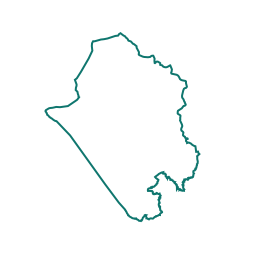 outline of Marquis Estate, Dauphin, Saint Lucia, rotated 69°
{"feature_id": "8701671B42547396516194", "entity_name": "Marquis Estate", "entity_type": "district", "adm_level": 2, "iso_a3": "LCA", "parent_name": "Saint Lucia", "parent_adm1": "Dauphin", "projection": "robinson", "projection_center": [-60.9, 14.029], "detail": "fine", "context": "isolated", "style": "outline", "palette": "teal", "viewbox_px": 256, "rotation_deg": 69, "n_neighbors": 0, "source": "geoboundaries", "source_scale": "gbopen_adm2", "svg_char_len": 5752}
<svg xmlns="http://www.w3.org/2000/svg" viewBox="0 0 256 256"><g transform="rotate(69 128 128)"><path d="M64.0,160.3L68.9,160.4L70.3,161.0L71.6,162.1L73.8,163.2L76.1,162.2L78.2,162.6L79.9,162.6L81.0,163.0L81.7,162.6L83.4,165.3L84.0,167.7L86.0,176.2L84.2,184.0L82.6,187.5L82.1,191.1L81.4,193.7L81.3,194.9L81.8,197.6L81.7,197.5L82.0,198.4L82.4,198.8L84.5,198.8L84.9,198.5L86.8,198.7L87.6,198.0L89.9,197.3L90.3,196.7L91.1,196.4L91.7,195.8L93.8,194.6L95.3,193.4L96.0,192.3L114.2,184.7L172.4,169.5L194.4,163.3L203.1,160.0L203.5,160.1L204.3,159.7L205.0,159.8L205.8,159.5L207.2,159.5L208.5,159.1L209.5,159.2L209.8,158.7L211.0,158.4L212.9,156.8L213.7,156.3L214.7,154.8L214.8,154.3L215.1,154.3L215.3,154.0L215.3,152.8L215.8,152.6L216.2,152.7L217.5,151.4L218.4,151.1L219.1,150.0L219.1,149.3L219.5,149.1L219.3,148.4L218.7,148.2L218.7,147.6L217.0,146.2L216.4,144.7L215.4,143.7L215.7,143.0L216.0,142.7L215.7,142.5L215.9,142.2L216.1,142.7L216.4,142.8L217.4,142.8L217.6,142.9L217.9,142.9L218.7,142.7L218.8,142.9L219.0,143.1L219.4,142.4L219.8,142.2L220.3,141.7L220.3,141.1L220.7,141.0L220.5,140.6L220.5,139.1L221.0,138.2L221.3,137.8L221.5,137.3L221.5,137.0L220.6,134.9L220.8,133.8L220.3,133.3L220.5,133.0L220.6,131.5L220.3,130.9L220.3,130.2L220.7,129.4L220.0,129.2L219.4,128.6L218.9,126.4L218.7,126.3L217.9,126.4L217.4,126.9L216.4,127.3L216.0,127.3L215.6,127.0L214.8,127.0L214.2,126.7L213.8,126.8L213.7,126.6L212.9,126.2L212.6,126.3L212.8,126.8L212.5,127.1L211.3,126.7L210.8,126.9L209.7,126.3L209.4,125.3L209.2,125.2L208.4,125.5L207.6,125.0L206.0,125.3L205.9,125.0L206.1,124.7L205.8,124.0L205.7,123.9L205.3,124.1L205.2,123.8L204.8,123.7L204.3,123.9L203.7,123.4L203.6,123.1L203.9,123.1L204.0,123.3L204.4,122.7L202.7,122.0L202.6,121.8L202.1,122.1L200.6,122.0L200.7,123.1L200.5,123.4L199.7,123.9L199.6,124.3L199.1,124.3L198.9,124.5L199.0,124.8L199.4,124.9L199.6,125.7L199.5,125.9L199.1,126.0L199.0,126.9L199.2,127.4L198.7,128.1L198.1,128.3L196.7,127.7L195.6,128.0L195.5,128.4L195.2,128.7L195.3,129.0L194.8,129.5L194.7,129.9L193.9,131.9L193.3,131.8L192.3,131.3L191.9,130.6L192.2,128.5L191.7,128.2L191.5,127.8L191.6,127.4L192.5,127.1L192.4,126.8L191.6,126.2L192.1,125.3L192.1,124.6L191.9,124.3L191.9,124.0L191.5,123.6L191.4,122.7L190.9,121.9L190.9,121.6L190.3,121.3L190.2,120.6L189.9,120.6L189.6,120.1L188.6,119.7L188.3,118.9L187.3,118.2L184.8,119.8L183.4,120.3L183.3,120.1L182.4,116.7L182.0,115.9L181.8,114.4L181.6,112.7L181.8,111.2L182.1,111.5L182.9,111.8L183.3,111.5L183.5,110.6L183.5,110.1L183.7,109.9L184.6,109.8L184.6,109.5L184.9,109.3L186.0,110.0L186.4,109.8L186.7,110.0L187.1,109.5L187.5,109.3L188.0,109.7L188.4,109.7L188.5,109.2L189.1,109.2L188.6,108.8L188.5,108.0L188.2,107.6L188.2,107.4L189.0,107.1L189.6,107.3L189.9,107.0L190.5,106.8L192.4,107.3L191.9,106.9L191.4,106.8L191.7,106.1L191.9,106.2L192.2,106.0L192.8,105.1L193.4,105.1L194.0,104.9L194.2,104.5L195.1,104.0L195.3,103.6L195.8,104.3L196.0,104.2L196.0,103.9L196.3,103.9L197.0,103.7L197.8,103.5L197.6,103.3L197.7,103.1L198.2,103.0L198.3,102.9L198.6,103.1L199.0,103.0L199.3,103.3L200.4,103.4L202.6,104.2L202.4,103.9L200.0,103.0L201.0,102.6L201.5,102.8L201.6,103.1L201.9,102.9L202.5,103.1L203.0,102.9L203.7,102.3L203.5,101.5L204.1,101.1L204.4,101.5L204.4,100.9L204.8,100.7L205.2,100.9L206.1,99.7L206.1,99.1L206.4,98.8L206.4,98.5L206.6,98.2L206.3,98.1L205.8,98.4L205.7,99.0L205.5,97.8L205.2,98.0L204.9,98.0L204.8,97.7L203.9,97.9L203.0,97.8L202.3,97.3L201.5,97.6L201.2,97.5L201.1,96.6L200.9,96.6L200.7,97.0L200.3,96.8L200.2,97.0L199.8,96.4L199.3,96.0L198.7,96.2L198.7,95.9L198.1,95.9L198.1,95.6L198.3,94.9L198.2,94.8L197.8,95.1L197.9,94.9L197.4,94.9L197.1,94.8L197.0,94.2L196.7,94.1L197.2,93.6L197.1,93.4L196.9,93.5L196.3,93.4L196.3,93.2L196.6,92.2L196.9,91.5L197.7,90.9L197.8,90.6L197.5,90.4L197.1,89.7L196.3,89.7L196.4,89.3L196.2,89.1L196.4,88.6L196.9,88.5L196.7,87.6L197.0,87.6L197.1,87.1L196.8,86.7L197.1,86.1L196.8,85.8L196.8,85.3L197.1,85.2L197.0,84.9L196.4,84.4L195.4,84.0L195.2,83.6L194.3,83.3L194.1,82.8L193.7,83.0L193.1,82.8L192.7,82.9L191.7,82.4L191.4,81.2L191.5,80.8L191.1,80.3L191.0,79.8L190.9,79.7L190.5,80.0L189.9,79.6L189.8,78.7L189.6,78.4L188.1,77.7L187.9,77.2L187.6,77.0L186.4,76.6L186.1,75.8L185.6,75.5L184.1,74.8L181.9,74.5L179.5,73.6L179.1,73.6L177.9,70.7L176.8,71.2L175.1,71.1L174.7,72.9L169.2,71.6L169.0,71.8L168.6,72.5L166.8,74.0L165.1,74.8L163.7,76.1L163.3,76.6L163.2,78.2L162.4,77.9L161.3,78.5L159.9,78.2L159.5,77.3L159.6,76.2L159.3,76.1L159.0,76.2L158.7,76.9L157.9,78.0L157.4,78.1L156.6,78.0L155.5,78.9L154.7,79.2L154.3,79.2L152.0,77.9L151.2,78.1L149.6,79.0L148.7,79.0L147.4,78.3L146.5,77.3L145.6,76.6L144.1,76.4L139.5,76.7L138.7,76.1L137.1,75.6L136.4,75.1L135.2,74.6L134.8,74.7L132.7,76.3L132.1,76.4L130.4,75.6L129.8,75.1L128.9,70.7L127.5,68.5L127.4,68.0L127.6,67.1L127.0,65.8L126.4,65.7L124.9,65.9L124.3,65.7L123.5,66.0L121.2,65.9L119.1,66.5L118.1,66.3L116.9,65.8L112.8,63.0L111.5,61.8L111.2,60.8L111.3,59.3L110.9,58.6L110.5,58.2L107.0,57.8L105.3,57.2L104.6,57.6L102.9,60.3L102.1,61.2L101.0,61.9L98.6,62.1L97.2,62.4L95.8,63.4L93.0,67.7L92.6,68.0L91.6,67.8L91.0,67.1L89.0,66.0L84.7,66.1L84.6,66.7L84.9,67.8L85.1,69.6L85.0,70.5L84.7,71.4L84.0,72.4L83.2,73.2L81.8,73.6L80.6,75.3L79.0,74.7L78.2,75.1L77.6,75.8L76.9,76.2L76.5,76.8L76.3,77.6L76.4,78.2L76.9,78.9L77.1,79.6L76.9,79.8L74.9,79.3L72.7,78.3L69.6,78.5L69.2,79.4L69.1,80.3L69.6,81.9L69.1,84.0L67.5,87.4L66.6,88.7L64.0,91.3L63.4,91.6L62.8,91.5L62.0,90.9L60.9,90.6L56.2,91.2L54.7,90.7L51.8,92.4L51.1,93.2L48.4,94.2L47.7,94.9L46.7,96.2L46.3,96.4L45.6,96.3L44.1,96.7L42.7,97.6L41.5,97.8L40.0,99.1L36.8,101.1L37.1,102.6L38.2,104.1L37.5,106.9L37.1,115.0L36.5,118.5L35.7,121.6L35.1,128.0L34.5,129.5L36.0,131.2L38.5,132.4L43.1,133.6L49.0,139.8L58.7,151.8L63.3,158.0L64.0,160.3Z" fill="none" stroke="#0f766e" stroke-width="2"/></g></svg>